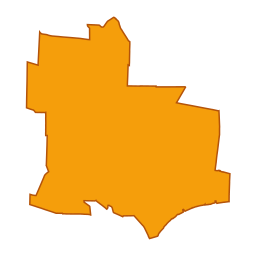 the district of Baraganu, Constanta, Romania, rotated 89°
{"feature_id": "2599482B12135283743765", "entity_name": "Baraganu", "entity_type": "district", "adm_level": 2, "iso_a3": "ROU", "parent_name": "Romania", "parent_adm1": "Constanta", "projection": "albers", "projection_center": [28.409, 44.093], "detail": "fine", "context": "isolated", "style": "filled", "palette": "amber", "viewbox_px": 256, "rotation_deg": 89, "n_neighbors": 0, "source": "geoboundaries", "source_scale": "gbopen_adm2", "svg_char_len": 5194}
<svg xmlns="http://www.w3.org/2000/svg" viewBox="0 0 256 256"><g transform="rotate(89 128 128)"><path d="M30.5,214.6L36.6,215.0L45.4,215.6L63.0,216.8L63.6,216.8L60.2,227.5L60.5,227.5L62.1,227.6L79.0,228.1L96.7,228.8L106.0,229.1L107.4,225.4L108.5,222.1L109.0,221.6L110.2,220.7L110.8,220.2L110.8,219.9L110.8,219.1L110.9,218.4L110.9,217.8L110.9,217.3L110.9,216.5L110.9,215.6L111.0,214.8L111.0,213.7L111.0,213.0L111.0,212.1L111.1,211.5L111.1,211.0L110.9,210.0L111.7,210.0L112.6,210.0L113.7,210.0L115.1,210.0L116.4,210.1L117.4,210.1L119.0,210.1L119.7,210.1L120.5,210.1L121.5,210.1L122.4,210.1L123.4,210.2L124.4,210.2L125.2,210.2L126.6,210.2L127.6,210.3L128.4,210.3L129.7,210.3L130.6,210.3L131.3,210.4L132.3,210.4L133.1,210.4L133.9,210.4L134.1,210.4L134.1,208.9L144.1,209.3L154.1,209.8L163.7,210.3L163.8,210.4L164.1,210.4L164.6,210.1L165.1,210.0L167.0,209.3L168.7,208.7L169.8,208.3L170.3,208.1L171.7,210.0L173.2,211.7L173.4,211.8L174.3,212.4L175.8,213.0L182.8,216.1L193.4,220.9L193.9,221.1L193.8,222.4L193.6,223.4L193.5,224.3L193.2,225.3L192.6,227.1L202.8,227.5L204.4,222.8L205.5,219.7L206.6,216.4L208.1,212.4L209.5,208.3L210.5,205.4L212.0,201.3L212.0,199.8L212.1,197.2L212.1,195.2L212.4,195.1L212.6,195.0L212.7,192.2L212.8,191.7L212.9,188.2L213.0,185.4L213.1,178.7L213.1,177.8L213.3,174.7L213.4,173.8L213.5,172.5L213.6,170.1L213.7,169.5L213.8,168.2L213.9,167.8L214.3,167.1L214.3,166.8L213.6,166.9L208.0,167.4L205.8,167.6L205.5,167.8L205.4,167.9L203.8,170.0L202.2,172.1L201.5,173.1L201.3,173.2L199.9,173.2L200.1,168.2L200.2,164.8L200.3,162.6L200.3,162.3L200.1,161.9L200.0,161.7L199.9,161.5L200.0,161.5L200.1,161.2L200.6,160.6L200.8,160.4L201.0,160.2L202.1,158.8L202.3,158.5L203.3,157.3L204.2,156.1L204.9,155.2L205.9,154.0L206.4,153.4L207.0,152.7L207.2,152.4L208.0,151.5L208.2,151.3L208.5,151.1L208.8,150.6L207.8,149.8L207.5,149.6L207.0,149.6L205.0,149.3L205.0,149.1L205.0,148.2L205.7,147.4L206.0,146.6L206.2,146.2L206.3,146.0L206.6,145.8L207.0,145.5L207.5,145.2L207.9,145.1L209.3,144.8L210.4,144.5L211.0,144.4L212.2,144.0L212.5,143.6L214.9,138.3L216.6,134.8L216.3,134.6L215.8,134.2L215.8,130.6L215.8,123.9L215.7,123.6L220.0,119.9L225.3,115.3L226.5,114.2L227.2,113.8L228.0,113.3L235.8,109.7L236.3,109.6L236.7,109.4L236.9,109.4L238.9,108.4L238.1,105.3L236.8,100.7L236.7,100.3L236.2,99.9L235.2,99.5L234.5,99.3L233.6,98.8L233.3,98.3L232.3,97.7L230.2,95.7L229.6,95.1L229.1,94.6L228.9,94.4L228.4,94.1L227.8,93.9L227.4,93.7L226.7,93.0L226.6,92.9L225.9,92.3L225.7,92.0L225.1,91.3L224.8,91.2L224.4,90.9L223.6,90.1L223.0,89.5L221.9,88.3L221.4,87.6L220.9,87.1L220.2,86.6L220.1,86.4L219.9,86.1L219.6,85.9L219.3,85.2L219.5,85.1L219.4,84.7L218.9,84.1L218.4,83.4L217.8,82.5L217.2,81.7L216.7,81.4L215.6,80.3L215.3,80.0L215.3,79.9L215.2,78.9L215.3,78.9L215.3,78.7L215.2,78.6L214.7,77.6L214.1,76.3L213.0,74.2L212.8,74.2L212.6,74.3L210.8,74.7L210.6,74.6L210.4,74.3L210.4,74.2L210.4,73.9L212.2,72.5L212.2,72.4L211.9,71.8L211.4,70.8L211.1,70.0L210.6,68.7L209.9,67.2L209.2,65.4L208.9,65.2L209.1,65.0L208.6,63.6L208.1,62.2L207.7,60.9L207.8,60.8L207.4,59.4L207.1,58.1L206.8,56.7L206.5,54.4L206.2,53.4L206.1,52.9L205.9,52.6L205.7,52.5L205.6,52.4L205.8,52.4L206.1,52.6L206.3,52.9L206.4,53.2L206.4,52.9L206.3,52.4L206.1,50.7L206.0,49.3L205.9,49.3L205.8,48.6L205.8,48.4L205.7,46.7L204.8,44.6L204.5,42.9L204.1,42.1L203.8,42.0L202.6,42.2L202.5,41.4L203.7,41.2L204.9,40.4L204.6,38.9L204.3,36.5L204.3,36.4L204.2,35.7L203.9,33.6L203.9,32.9L203.8,32.5L203.8,32.2L203.5,29.4L203.4,28.5L203.4,28.2L203.1,28.2L202.9,28.2L202.9,28.3L202.2,28.3L202.1,28.2L198.8,28.1L198.7,28.1L197.4,28.1L196.5,28.0L195.4,28.0L195.0,28.0L194.6,27.9L193.7,27.9L184.3,27.4L183.2,27.4L175.5,26.9L173.7,33.1L173.8,33.1L173.5,34.6L173.4,34.6L172.7,37.0L172.5,36.9L172.2,36.8L171.9,38.0L172.2,38.8L172.2,39.9L171.9,41.6L171.1,41.6L163.9,40.5L158.9,39.9L156.8,39.6L152.4,38.9L140.9,37.3L138.0,36.9L136.3,36.6L135.7,36.6L130.0,36.5L128.5,36.4L114.8,36.7L112.4,36.8L112.5,37.0L111.0,43.4L110.9,44.1L109.5,50.9L108.3,56.7L106.8,63.8L104.7,74.2L103.6,79.1L96.8,75.0L92.2,72.2L87.7,69.5L87.8,69.6L87.6,87.6L87.4,99.1L87.2,99.2L87.1,99.4L86.6,99.3L86.6,100.3L86.5,103.7L86.2,114.1L86.2,115.1L86.3,115.1L86.4,115.3L86.3,115.9L85.9,127.9L85.7,127.9L83.3,127.8L76.5,127.4L70.7,127.1L65.0,126.8L65.2,126.5L65.5,126.1L65.6,125.6L65.1,125.6L62.3,125.4L59.1,125.3L51.4,125.0L50.0,125.0L44.2,124.7L41.7,124.7L41.5,124.9L41.3,125.3L40.8,126.0L40.5,126.2L39.6,126.7L37.4,128.0L35.3,129.3L31.7,131.5L29.1,133.0L28.9,133.2L28.7,133.4L28.4,133.6L27.9,133.8L27.4,133.9L24.3,134.9L22.7,135.2L21.9,135.5L21.2,135.8L20.8,136.1L19.3,137.6L18.4,138.3L18.6,138.6L18.2,138.9L17.8,139.1L17.4,139.5L17.1,140.3L17.2,140.6L19.3,143.9L20.8,146.4L21.3,146.9L22.5,147.8L26.1,150.4L26.4,150.7L26.6,151.2L26.7,151.6L26.6,152.4L26.6,152.6L26.3,153.1L25.9,153.6L25.2,154.3L25.0,154.5L24.8,154.7L24.7,155.0L24.6,155.3L24.6,155.9L24.5,156.8L23.9,166.8L25.0,166.7L25.3,166.6L25.8,166.3L26.5,165.6L27.3,164.9L27.6,164.7L28.2,164.7L39.0,164.8L38.8,166.6L38.2,170.5L37.6,174.2L36.6,183.7L35.8,192.1L35.4,195.3L34.7,202.3L34.5,203.3L34.1,205.1L33.8,206.1L33.3,207.4L33.1,208.3L32.7,211.0L32.4,212.5L32.3,212.9L31.8,213.4L31.2,214.1L30.5,214.6Z" fill="#f59e0b" stroke="#b45309" stroke-width="1.5"/></g></svg>